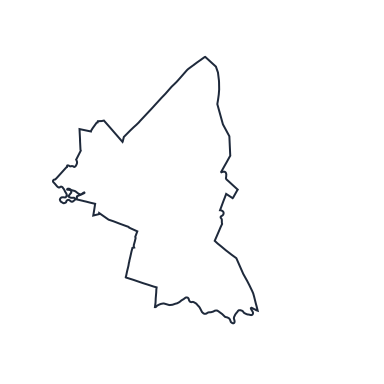 Giera, Timis, Romania, rotated 220°
{"feature_id": "2599482B15440248148719", "entity_name": "Giera", "entity_type": "district", "adm_level": 2, "iso_a3": "ROU", "parent_name": "Romania", "parent_adm1": "Timis", "projection": "natural_earth1", "projection_center": [20.968, 45.404], "detail": "fine", "context": "isolated", "style": "outline", "palette": "slate", "viewbox_px": 384, "rotation_deg": 220, "n_neighbors": 0, "source": "geoboundaries", "source_scale": "gbopen_adm2", "svg_char_len": 5884}
<svg xmlns="http://www.w3.org/2000/svg" viewBox="0 0 384 384"><g transform="rotate(220 192 192)"><path d="M304.8,114.5L304.8,114.4L304.8,113.8L305.6,112.8L305.8,112.3L305.8,112.0L305.7,111.4L305.6,111.1L305.2,110.7L304.9,110.5L301.8,110.1L299.0,109.6L297.9,109.6L297.3,109.7L297.1,109.8L296.8,109.9L296.3,110.5L296.2,111.2L296.1,111.5L295.7,112.0L295.3,112.2L294.4,112.4L293.9,112.3L293.3,112.1L291.8,111.8L291.4,111.6L290.7,111.3L289.6,110.8L287.0,109.9L286.3,109.5L286.0,109.1L285.7,108.5L285.4,107.6L285.4,107.1L285.4,106.6L285.6,106.4L286.0,106.0L287.1,105.3L287.6,104.9L288.4,104.1L288.5,103.8L288.6,103.6L288.7,103.2L288.7,102.8L288.7,102.3L288.6,102.0L288.4,101.4L288.2,101.1L287.0,100.5L286.0,100.3L285.8,100.4L283.6,100.7L283.1,100.9L282.9,101.1L282.2,102.2L281.9,103.0L281.9,103.3L282.2,103.9L282.3,104.2L282.4,104.9L282.3,105.4L282.0,106.1L281.8,106.4L281.5,106.6L281.0,106.8L280.4,106.9L278.3,107.0L278.2,107.1L277.6,107.5L277.4,107.7L277.2,108.0L277.0,109.0L276.7,110.3L276.7,110.9L276.8,111.2L277.0,111.5L277.2,111.8L277.4,111.9L278.0,111.8L278.4,111.8L278.8,111.7L279.7,110.8L280.7,110.0L281.4,109.6L282.0,109.4L282.4,109.3L283.2,109.2L283.7,109.2L283.9,109.3L284.0,109.7L284.0,110.7L284.1,111.5L284.1,112.9L284.1,113.8L284.4,114.3L284.7,114.7L285.5,115.1L286.0,115.2L286.3,115.2L286.8,115.0L287.5,114.7L287.9,114.4L288.7,113.8L288.9,113.7L289.1,113.6L289.4,113.8L289.4,114.2L289.3,114.6L289.0,114.9L288.7,115.2L288.2,115.5L287.2,115.8L286.4,115.8L285.5,116.0L282.5,117.4L281.5,117.6L278.5,117.7L277.7,117.8L276.2,118.3L275.7,118.7L275.4,119.1L275.0,120.2L274.8,121.3L274.5,122.0L274.3,122.4L274.2,122.4L273.9,122.3L273.8,122.1L274.0,121.5L275.1,119.1L275.5,118.2L276.4,116.7L277.2,115.1L277.3,114.9L277.3,114.6L275.4,112.3L269.9,115.1L269.4,115.3L267.3,116.4L262.9,118.5L258.6,120.7L255.4,115.4L252.5,110.5L249.0,115.3L249.6,116.2L238.1,117.2L233.3,119.1L226.0,121.6L218.1,124.5L217.4,124.3L215.4,124.8L208.6,126.7L206.6,121.1L206.0,120.8L205.6,120.5L204.1,117.5L202.5,114.0L201.5,112.7L200.8,112.4L200.6,112.3L201.7,110.9L200.1,107.5L197.7,102.9L196.1,99.7L195.7,98.9L195.5,98.7L194.8,97.2L193.6,95.2L193.0,94.1L190.7,89.4L188.7,85.7L188.0,84.1L187.9,84.0L187.7,84.0L180.5,87.0L170.9,90.7L166.1,92.7L160.6,94.9L157.8,96.2L156.5,94.2L154.8,92.0L151.5,87.3L148.9,83.9L146.4,80.0L146.0,80.3L145.8,80.8L145.7,81.2L145.7,81.8L145.7,82.5L145.3,83.4L144.7,84.8L143.8,86.4L143.3,87.0L142.3,88.2L141.5,88.7L136.7,90.8L135.4,92.1L134.4,93.2L133.0,95.6L132.2,96.7L132.0,96.9L131.3,98.5L131.1,99.0L130.8,100.0L130.6,100.9L130.5,101.8L130.3,102.5L129.5,104.7L129.4,105.4L129.1,106.6L129.0,107.0L128.7,107.4L128.4,107.7L127.8,108.1L127.3,108.3L127.0,108.3L126.4,108.2L126.2,108.2L125.6,107.8L124.7,107.2L124.3,107.0L123.5,106.8L123.0,106.7L122.3,106.9L121.9,107.1L121.5,107.4L121.3,107.7L121.1,108.0L120.5,108.5L119.6,108.8L119.0,108.9L117.5,109.2L115.9,109.1L115.3,109.0L114.7,108.8L113.7,108.8L112.1,108.5L110.8,108.0L108.4,107.0L107.3,106.5L105.8,106.4L105.1,106.4L104.4,106.6L103.9,106.9L103.7,107.1L103.3,107.5L102.9,108.0L102.7,108.5L102.5,109.4L102.2,110.0L101.8,110.6L100.4,111.9L99.9,112.5L98.8,114.2L98.3,115.6L98.0,116.0L97.4,116.7L97.0,117.0L96.4,117.4L95.6,117.5L95.0,117.6L93.3,117.7L90.4,117.9L86.4,117.6L85.3,118.1L84.6,118.5L83.9,118.7L82.7,119.0L82.4,119.0L81.8,118.9L81.0,118.7L79.2,117.7L78.7,117.4L77.7,117.4L76.9,117.5L76.5,117.6L75.9,118.0L75.6,118.6L75.6,118.8L75.6,119.1L75.7,119.4L75.9,119.9L76.7,120.7L77.2,121.1L78.3,121.8L78.7,122.1L79.1,122.7L79.4,123.3L80.1,125.9L80.2,127.3L80.2,129.4L80.3,130.3L80.3,130.7L80.2,131.2L80.1,131.5L79.9,131.7L79.0,132.5L78.1,132.9L77.3,133.2L76.4,133.3L75.9,133.2L74.8,132.9L74.2,132.9L73.7,133.0L71.7,133.5L71.0,133.8L70.4,134.1L70.0,134.4L69.8,134.6L68.1,135.4L67.6,135.7L67.2,136.1L67.0,136.6L66.9,137.2L67.0,137.6L67.2,138.1L67.5,138.6L68.4,139.2L71.0,140.1L71.7,140.4L72.2,140.8L72.2,141.0L72.1,141.4L72.0,141.6L69.9,142.1L69.0,142.2L68.8,142.3L68.5,142.5L67.0,142.7L66.4,142.9L65.4,143.3L69.1,146.0L71.3,147.5L77.2,151.8L80.0,153.7L82.2,154.8L88.2,157.5L92.5,159.3L100.1,162.2L115.5,169.8L121.3,169.4L128.7,169.1L134.8,169.1L139.3,169.0L143.2,169.2L146.1,178.9L147.6,183.8L148.4,186.9L149.1,187.4L149.5,187.8L150.6,189.1L151.4,190.0L151.9,190.3L152.7,190.6L153.4,190.7L153.7,190.9L154.0,191.3L154.1,191.5L154.1,192.0L153.6,193.5L153.5,194.6L153.7,195.2L153.9,195.7L154.3,196.2L154.7,196.6L155.3,196.9L155.9,197.0L156.6,197.0L157.9,196.6L158.4,196.4L158.8,196.1L161.9,204.7L162.8,207.3L163.0,208.0L164.6,212.5L156.9,213.4L156.9,214.3L157.2,215.8L158.4,222.2L158.5,223.2L165.9,223.5L170.3,223.7L173.8,223.8L174.6,224.2L174.9,224.4L175.8,225.9L176.5,226.8L176.9,227.4L177.5,227.9L178.1,228.3L178.8,228.6L179.3,228.6L179.9,228.5L180.5,228.2L180.9,227.8L181.8,226.7L182.5,225.3L182.5,225.8L183.0,228.5L183.8,232.6L184.6,237.0L185.8,243.1L186.0,244.4L186.6,245.0L199.2,258.7L211.8,263.7L229.1,275.6L231.4,279.5L234.1,283.8L237.1,288.0L241.7,293.3L243.0,294.7L249.0,300.3L249.4,300.5L253.6,303.0L254.2,303.4L268.7,304.0L269.0,303.6L269.2,302.9L271.4,294.5L273.9,284.1L274.1,283.0L274.2,281.7L274.5,268.4L274.6,266.1L275.3,259.6L275.5,250.2L275.9,244.7L276.5,230.1L277.5,211.9L277.4,211.7L277.8,207.7L278.3,204.3L278.8,199.8L279.6,190.4L277.5,186.1L277.4,185.7L296.2,188.7L305.4,190.1L306.7,188.4L309.6,185.7L309.0,184.6L309.4,184.0L309.6,183.8L309.1,176.9L308.7,174.2L308.3,173.4L318.6,167.9L317.6,166.8L315.0,164.0L311.1,159.8L311.1,159.7L304.6,152.7L303.8,152.2L301.6,142.7L301.6,142.4L299.9,141.5L299.4,141.1L299.0,140.7L298.5,139.9L298.3,139.3L298.1,138.8L297.9,137.5L297.8,137.2L297.9,136.3L298.2,135.6L298.6,135.4L298.9,135.3L299.5,135.3L300.0,135.1L300.9,134.4L301.2,134.1L301.4,133.7L301.6,133.5L302.0,133.3L302.5,133.1L303.4,133.0L303.8,132.8L304.2,132.6L304.5,132.3L304.6,132.0L304.2,131.3L303.8,130.7L304.1,130.2L304.6,116.7L304.7,114.9L304.8,114.5Z" fill="none" stroke="#1e293b" stroke-width="2"/></g></svg>